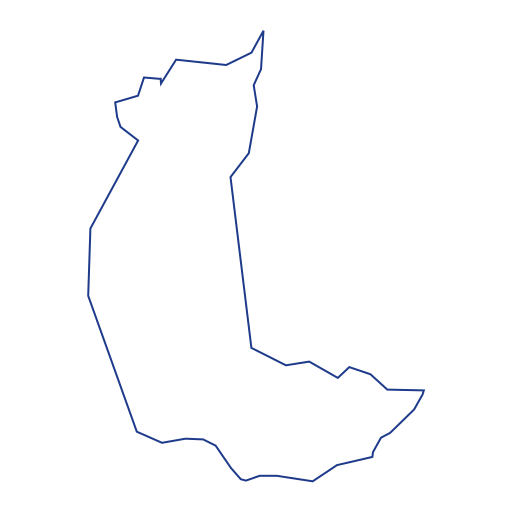 the district of Chowan, North Carolina, United States of America
{"feature_id": "52423323B33793433125252", "entity_name": "Chowan", "entity_type": "district", "adm_level": 2, "iso_a3": "USA", "parent_name": "United States of America", "parent_adm1": "North Carolina", "projection": "robinson", "projection_center": [-76.579, 36.178], "detail": "fine", "context": "isolated", "style": "outline", "palette": "blue", "viewbox_px": 512, "rotation_deg": 0, "n_neighbors": 0, "source": "geoboundaries", "source_scale": "gbopen_adm2", "svg_char_len": 678}
<svg xmlns="http://www.w3.org/2000/svg" viewBox="0 0 512 512"><path d="M115.2,102.4L117.1,116.9L120.5,126.9L138.1,140.5L90.4,228.5L88.2,295.8L136.8,431.7L162.0,442.8L185.4,438.7L203.1,439.4L215.6,445.6L231.1,468.2L240.8,479.2L245.9,480.6L259.6,475.8L276.7,475.8L312.7,481.3L337.0,465.1L372.4,456.9L373.0,452.1L381.0,437.7L390.1,432.9L414.1,409.5L422.6,394.4L423.8,390.4L387.3,389.6L370.5,374.3L349.3,367.1L337.8,377.9L309.2,361.6L285.9,365.3L251.4,347.9L230.5,177.1L248.8,153.2L257.1,106.5L253.7,85.2L261.0,69.2L263.5,30.7L251.5,52.6L226.2,65.0L176.1,59.7L161.0,83.5L160.7,78.8L160.4,78.9L144.0,77.5L138.0,95.7L115.2,102.4Z" fill="none" stroke="#1e3a8a" stroke-width="2"/></svg>